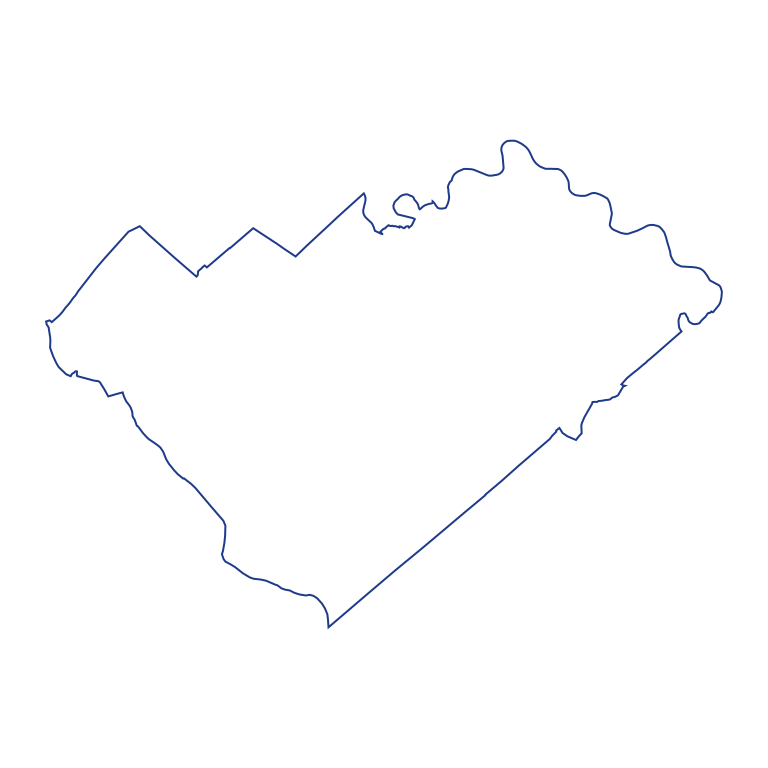 outline of Zamostea, Suceava, Romania
{"feature_id": "2599482B28326865734351", "entity_name": "Zamostea", "entity_type": "district", "adm_level": 2, "iso_a3": "ROU", "parent_name": "Romania", "parent_adm1": "Suceava", "projection": "equal_earth", "projection_center": [26.217, 47.859], "detail": "fine", "context": "isolated", "style": "outline", "palette": "blue", "viewbox_px": 768, "rotation_deg": 0, "n_neighbors": 0, "source": "geoboundaries", "source_scale": "gbopen_adm2", "svg_char_len": 6089}
<svg xmlns="http://www.w3.org/2000/svg" viewBox="0 0 768 768"><path d="M328.5,627.3L366.5,594.8L394.4,571.1L424.1,546.6L464.9,512.2L485.3,495.2L485.3,494.7L502.1,480.5L518.8,465.6L549.9,438.9L552.1,435.9L556.3,431.6L556.2,430.5L559.4,428.0L562.6,433.0L567.4,436.3L576.0,440.0L579.0,436.1L581.6,433.4L581.6,431.6L581.3,425.5L581.9,423.1L583.1,420.2L584.5,417.0L592.0,403.9L592.3,402.5L592.6,402.0L594.0,401.9L597.2,401.9L598.7,401.0L602.5,400.7L604.5,400.2L608.8,399.7L610.2,399.3L612.2,397.6L615.2,396.8L618.0,395.3L623.1,386.7L624.9,385.8L623.3,385.5L621.4,384.4L627.1,378.0L632.8,373.3L638.0,369.2L643.0,364.9L645.0,363.4L646.7,361.9L647.3,361.1L650.8,358.3L674.0,338.0L681.5,331.5L680.9,330.7L679.4,328.2L679.1,327.0L678.7,324.1L678.5,320.3L678.9,318.7L679.5,317.1L680.1,315.4L680.1,315.1L680.3,314.6L680.7,314.2L681.6,313.8L682.7,313.7L684.1,313.3L684.9,313.5L685.7,314.2L686.7,316.5L687.6,317.7L688.2,319.9L689.0,321.4L689.8,322.2L690.6,322.8L692.3,323.7L693.1,324.0L695.0,324.2L697.9,323.7L699.6,323.1L699.9,322.7L700.6,321.6L702.0,320.0L705.6,316.6L707.6,313.7L708.1,313.2L708.8,312.9L709.5,313.0L710.0,312.9L710.5,312.4L711.0,311.7L711.4,311.5L712.2,312.2L712.8,312.2L713.1,312.1L714.2,310.8L718.5,305.6L719.6,303.8L720.4,302.0L721.0,299.6L721.5,296.8L721.9,291.7L721.0,288.5L720.4,287.0L719.9,286.3L719.0,285.3L710.2,280.6L709.6,279.9L707.0,275.4L704.3,271.8L702.8,270.3L700.8,269.0L699.3,268.3L696.5,267.6L693.7,267.2L683.5,266.6L681.3,266.4L680.2,266.0L676.6,264.3L674.9,262.9L674.0,261.9L672.3,259.1L671.1,256.6L670.6,255.1L670.1,251.5L667.4,242.5L665.9,236.9L664.7,233.5L664.2,232.3L662.0,229.4L660.8,228.1L659.8,227.1L658.7,226.4L657.7,226.0L653.8,225.0L651.6,224.9L649.1,225.2L647.9,225.5L646.6,226.1L641.4,228.8L637.0,230.8L629.6,233.3L627.9,233.8L627.0,233.9L624.6,233.7L622.1,233.2L620.6,232.8L615.2,230.5L613.2,229.5L612.2,228.8L611.4,228.0L610.4,226.6L609.9,225.5L609.8,224.9L609.9,223.7L611.8,214.3L611.8,212.9L610.4,206.0L609.6,202.9L608.1,199.7L607.3,198.5L603.0,196.0L599.9,194.5L596.3,193.3L594.7,193.0L593.3,193.0L591.6,193.3L586.6,195.4L585.0,195.8L583.5,195.9L581.1,195.9L577.0,195.4L575.3,195.0L574.1,194.5L571.6,192.8L570.3,191.3L569.5,190.0L569.2,189.0L569.0,188.1L568.8,184.1L568.6,182.1L568.1,180.6L567.4,179.0L566.4,177.0L564.6,174.2L562.6,171.8L561.7,170.9L560.7,170.2L559.8,169.8L558.4,169.1L557.7,169.0L550.9,168.8L545.7,168.8L545.0,168.6L543.7,168.1L541.0,167.0L539.5,166.2L538.4,165.4L536.3,163.6L535.7,163.0L534.3,161.2L533.0,159.2L532.0,157.1L530.7,154.2L529.0,150.8L527.8,149.1L526.1,147.2L523.7,145.3L521.3,143.6L517.1,141.5L515.5,141.0L514.1,140.7L509.0,140.8L506.9,141.2L504.6,142.7L503.9,143.4L502.7,144.8L502.2,145.7L501.6,147.1L501.4,148.5L501.3,149.7L501.4,150.9L502.5,155.3L503.1,161.9L503.6,168.1L503.1,169.9L502.5,170.9L501.9,171.8L500.0,173.5L498.0,174.5L497.3,174.7L491.9,175.6L489.7,175.7L488.0,175.4L486.0,174.7L473.7,169.7L471.2,169.2L465.8,168.9L463.7,169.0L459.8,170.7L457.6,171.7L456.2,172.7L454.8,173.9L453.6,175.3L452.8,176.8L452.2,178.3L451.6,180.5L451.3,180.9L450.2,181.7L449.8,182.2L448.4,185.1L448.2,185.7L447.9,187.1L448.0,187.7L448.4,189.8L448.4,191.4L448.9,194.9L449.2,197.6L448.8,199.5L448.6,201.0L447.8,203.6L446.0,207.5L445.3,208.0L444.2,208.3L441.6,208.6L439.5,208.5L437.6,207.8L437.0,206.9L435.9,205.5L434.8,203.7L433.0,201.6L432.6,201.3L432.6,201.7L432.8,202.4L432.3,203.1L431.2,203.5L428.7,204.0L425.1,205.2L423.0,206.5L420.4,208.9L419.7,209.3L419.2,208.6L418.5,206.5L418.2,205.1L417.4,203.4L415.6,201.0L414.3,199.6L413.9,198.2L412.7,196.7L411.6,196.1L410.0,195.6L408.0,194.6L407.2,194.4L405.8,194.4L404.9,194.5L402.6,195.1L401.0,195.9L399.7,196.8L397.9,198.9L397.0,199.6L394.9,201.8L394.4,202.5L394.0,203.9L393.4,205.5L393.7,208.4L395.9,212.4L397.7,214.4L412.3,218.0L413.5,218.4L414.8,219.1L411.8,225.3L409.0,227.6L408.4,226.5L408.0,226.2L407.7,226.2L406.9,226.5L405.9,226.6L405.5,226.8L404.7,227.9L404.4,228.1L404.2,228.2L403.5,228.1L401.3,226.8L400.1,226.4L399.8,226.3L399.5,226.4L399.5,226.6L399.8,227.3L399.6,227.5L399.4,227.6L398.5,227.0L397.0,226.8L396.3,226.4L395.7,226.2L394.4,226.1L393.5,226.3L392.2,225.7L391.2,226.0L390.4,226.0L389.6,225.8L388.7,225.2L388.5,225.3L385.7,227.5L385.3,228.3L383.5,228.9L383.0,229.2L381.8,230.5L380.5,231.5L380.4,231.7L380.6,232.0L381.6,233.3L382.0,233.6L382.3,234.0L382.2,234.1L381.3,233.8L374.9,230.8L373.6,226.8L372.5,224.5L371.7,223.1L366.1,217.9L365.1,216.7L364.2,215.2L363.7,214.1L363.3,212.6L363.2,210.5L363.3,209.8L363.9,207.1L365.3,201.4L365.5,199.7L365.5,198.4L365.4,197.3L364.9,195.8L364.6,194.9L363.8,193.4L337.4,217.2L330.5,223.7L306.9,245.6L295.6,256.5L284.1,248.8L275.7,242.9L275.4,242.8L253.2,228.2L230.0,248.2L229.6,248.0L206.9,267.4L204.7,265.5L202.5,267.2L202.5,267.5L198.1,271.3L198.0,273.3L197.5,275.6L196.4,276.6L175.2,258.3L149.7,235.7L139.8,226.2L128.5,231.7L104.6,258.3L96.1,268.2L78.3,291.1L75.5,295.4L73.4,297.7L69.7,302.9L67.2,305.9L65.5,307.7L62.6,311.7L59.7,315.0L56.9,317.6L51.8,322.1L49.5,320.4L46.1,321.5L46.7,324.5L48.6,327.3L50.2,337.6L50.4,341.0L50.1,347.1L50.3,348.4L53.0,355.9L55.0,360.3L56.7,363.8L58.8,367.2L66.2,374.3L70.7,376.2L71.4,374.9L72.2,373.7L74.2,372.6L75.0,371.7L75.9,371.2L76.9,371.4L77.0,372.1L76.9,373.5L76.9,375.6L77.3,376.1L94.0,380.6L98.1,381.1L99.8,382.1L104.2,389.1L108.3,396.4L118.0,393.6L122.7,392.4L123.5,395.3L124.8,398.5L126.4,401.6L128.0,403.6L129.6,405.8L130.7,407.7L132.2,411.7L132.4,414.1L132.6,416.2L133.3,417.7L134.2,418.9L134.9,420.3L136.6,425.2L136.9,425.8L138.1,426.5L143.0,433.1L145.5,435.9L147.0,437.5L148.9,439.2L157.5,445.1L160.3,447.5L162.4,450.5L163.4,452.2L166.1,459.1L168.9,463.8L174.4,470.6L177.9,474.3L183.2,478.6L183.9,478.3L190.9,483.7L195.5,488.1L211.8,507.4L223.4,520.8L225.4,525.7L225.1,535.9L224.4,542.8L222.9,551.3L221.9,554.1L223.5,558.9L225.4,561.6L230.5,564.3L235.2,567.2L242.8,573.2L249.4,577.2L253.3,578.7L261.1,579.6L266.1,580.7L275.1,584.6L277.6,585.4L281.4,588.3L285.0,589.6L289.9,590.5L294.1,592.7L299.2,594.4L305.9,595.5L309.7,594.8L313.3,595.8L317.1,598.2L322.0,603.6L325.0,608.5L327.4,614.4L328.0,619.9L328.5,627.3Z" fill="none" stroke="#1e3a8a" stroke-width="2"/></svg>